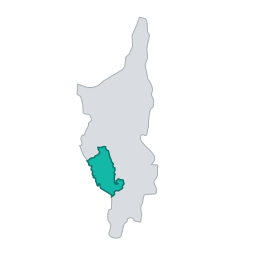 Georgia, with Kvemo Kartli highlighted, rotated 71°
{"feature_id": "GEO-3037", "entity_name": "Kvemo Kartli", "entity_type": "Region", "adm_level": 1, "iso_a3": "GEO", "parent_name": "Georgia", "parent_adm1": "", "projection": "albers", "projection_center": [44.553, 41.504], "detail": "fine", "context": "in_parent", "style": "filled", "palette": "teal", "viewbox_px": 256, "rotation_deg": 71, "n_neighbors": 0, "source": "natural_earth", "source_scale": "10m", "svg_char_len": 3881}
<svg xmlns="http://www.w3.org/2000/svg" viewBox="0 0 256 256"><g transform="rotate(71 128 128)"><path d="M129.1,179.6L129.2,178.8L128.9,177.6L128.0,176.7L126.6,176.2L124.2,176.3L121.9,175.7L120.3,174.2L119.9,173.0L120.9,172.1L120.2,171.3L117.4,169.3L112.9,164.6L110.3,163.5L109.3,160.5L108.3,159.9L106.1,159.5L103.7,159.8L103.2,160.1L102.5,160.5L100.6,164.2L99.3,165.4L96.2,164.7L93.6,163.8L91.5,163.2L87.4,162.8L82.7,162.6L79.5,165.1L78.1,164.8L75.8,163.4L72.0,162.2L70.0,161.3L76.1,153.8L78.0,149.3L78.2,146.5L78.3,143.0L75.5,135.6L73.3,125.2L71.0,114.4L69.0,111.1L60.4,107.1L58.5,102.8L52.0,97.0L42.7,94.3L40.9,93.2L33.1,85.9L27.0,81.2L28.5,78.6L30.5,75.9L32.5,75.3L38.1,76.7L43.3,78.2L47.2,77.5L51.7,79.9L55.8,82.6L59.9,84.6L68.0,86.6L71.0,89.0L74.5,91.5L88.5,93.2L89.7,92.8L90.7,92.5L95.5,91.8L99.6,92.1L104.0,95.0L106.8,94.9L109.8,94.5L113.7,96.1L116.7,97.9L116.9,99.6L119.5,102.1L127.3,106.0L133.6,108.3L135.5,109.8L140.3,112.3L140.8,113.1L140.7,114.2L139.3,116.0L138.9,117.7L139.6,118.6L141.6,119.6L145.5,119.8L147.0,118.6L149.9,117.8L152.9,116.3L156.8,114.2L162.1,112.4L164.3,112.4L166.3,112.9L167.7,114.0L170.1,117.8L172.5,112.4L173.2,112.0L175.3,113.1L179.2,114.6L181.9,115.3L183.4,116.4L187.5,121.3L194.1,120.9L196.9,121.7L198.5,122.4L199.2,123.4L198.0,128.2L196.5,133.3L196.6,134.5L199.3,136.4L203.0,138.3L205.0,139.9L206.3,141.3L209.2,142.4L212.6,143.0L214.2,143.1L215.9,144.2L220.4,146.4L221.0,147.0L220.2,148.5L218.5,151.2L217.2,152.6L215.6,152.8L214.1,153.5L213.6,154.9L213.6,156.8L213.8,158.1L214.3,158.6L215.8,159.0L217.5,162.8L220.0,164.7L223.8,166.9L227.3,169.3L229.0,171.6L228.7,173.3L227.7,176.9L224.9,179.9L222.6,180.7L221.7,180.4L220.1,179.5L217.0,177.3L213.6,175.6L211.0,176.2L209.3,177.0L205.9,176.2L201.9,174.7L199.8,173.2L198.8,172.1L199.4,170.1L190.3,166.6L186.0,165.7L184.0,166.8L177.4,172.2L176.6,172.8L171.5,173.6L171.5,174.0L172.7,175.2L172.5,175.5L163.9,175.7L161.1,176.4L153.5,175.4L151.0,175.8L148.8,176.7L143.6,177.6L140.0,178.7L135.4,179.3L130.7,179.3L129.1,179.6Z" fill="#d9dde1" stroke="#a8b0b8" stroke-width="1"/><path d="M177.4,172.3L177.0,172.5L176.4,173.1L176.0,173.4L174.8,173.4L171.8,173.0L171.2,173.6L171.5,174.2L172.6,174.7L172.9,175.0L173.0,175.2L172.7,175.6L171.9,175.7L167.3,175.7L166.0,175.1L165.4,175.1L164.7,175.4L164.3,175.9L164.0,176.5L163.5,176.9L162.9,176.8L162.7,176.5L162.6,176.0L162.4,175.7L162.1,175.7L161.9,175.9L161.3,176.6L160.5,176.8L159.8,176.8L159.2,176.5L157.5,175.5L157.1,175.5L156.8,175.6L156.5,175.8L156.3,176.1L156.0,176.2L155.3,176.4L154.7,176.1L153.2,175.1L152.4,174.7L152.0,174.7L151.7,175.0L151.6,175.3L151.6,175.7L151.4,176.1L150.9,176.5L150.3,176.9L149.7,177.0L148.3,176.6L147.7,176.7L146.5,177.2L145.8,177.4L145.5,175.3L145.1,174.6L144.7,174.0L144.5,172.2L145.0,170.4L144.9,169.5L144.6,168.7L143.9,168.3L143.7,167.3L143.7,166.4L143.6,165.6L143.5,165.0L143.2,164.7L142.6,163.6L141.8,162.7L140.4,162.6L138.9,163.0L137.5,163.0L136.5,162.8L136.7,162.1L137.1,161.8L137.5,160.8L137.7,156.7L138.4,155.4L139.8,155.6L141.6,155.6L143.1,154.0L150.2,154.7L151.1,154.4L152.1,154.3L153.6,154.6L155.0,154.4L156.9,153.5L157.5,153.7L157.9,154.3L158.7,154.6L160.8,154.6L161.3,153.5L163.0,153.7L164.4,154.7L165.9,156.1L167.5,155.2L168.0,155.4L168.1,156.0L168.5,156.5L169.5,156.5L172.0,157.8L172.7,157.8L173.5,158.0L174.4,158.4L175.5,158.5L176.7,158.1L177.6,156.8L177.3,155.8L176.8,156.2L176.4,156.8L175.7,157.0L174.9,156.8L174.4,156.5L173.9,156.1L173.8,155.4L173.6,154.7L173.0,154.1L173.1,153.4L173.9,152.6L174.7,151.7L175.0,150.5L175.5,149.8L176.2,149.5L177.7,149.9L179.3,149.8L180.1,150.7L180.7,151.8L181.8,152.5L182.9,152.6L183.5,153.7L183.7,155.1L184.3,157.3L183.3,159.7L183.5,160.8L183.7,161.6L184.3,162.0L185.2,162.0L186.2,162.3L186.8,163.1L187.0,164.1L187.3,164.6L187.5,165.2L187.6,165.9L187.0,165.6L186.0,165.5L185.0,165.9L180.4,169.8L177.4,172.3Z" fill="#14b8a6" stroke="#0f766e" stroke-width="1.5"/></g></svg>